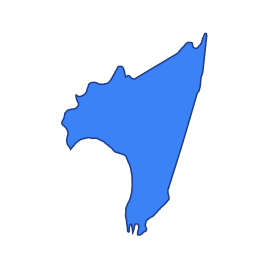 the district of Cidade De Quelimane, Zambezia, Mozambique, rotated 8°
{"feature_id": "85939544B40669081557189", "entity_name": "Cidade De Quelimane", "entity_type": "district", "adm_level": 2, "iso_a3": "MOZ", "parent_name": "Mozambique", "parent_adm1": "Zambezia", "projection": "robinson", "projection_center": [36.901, -17.867], "detail": "fine", "context": "isolated", "style": "filled", "palette": "blue", "viewbox_px": 256, "rotation_deg": 8, "n_neighbors": 0, "source": "geoboundaries", "source_scale": "gbopen_adm2", "svg_char_len": 5865}
<svg xmlns="http://www.w3.org/2000/svg" viewBox="0 0 256 256"><g transform="rotate(8 128 128)"><path d="M74.2,157.1L74.6,156.3L74.9,155.7L75.5,155.1L75.7,154.4L76.3,153.6L76.6,153.0L77.2,152.2L77.6,151.4L78.1,150.8L78.4,150.1L79.2,149.4L79.9,148.8L80.4,147.9L81.2,147.3L82.0,146.6L82.5,145.9L83.3,145.9L84.1,145.2L84.8,145.0L85.7,144.7L86.2,144.4L87.0,144.1L87.9,143.9L89.5,143.2L90.1,143.1L90.8,143.0L92.3,143.0L93.1,143.2L94.0,143.2L94.8,143.1L95.4,143.1L96.0,142.8L96.8,142.8L97.6,142.5L98.3,142.5L99.1,142.7L99.7,142.9L100.5,143.1L101.3,143.5L102.1,143.7L103.7,144.2L104.6,144.5L105.3,144.7L106.1,145.0L106.7,145.6L107.6,146.1L108.2,146.4L109.1,147.1L109.7,147.4L110.5,147.7L111.1,148.2L111.9,148.6L112.5,149.2L113.3,149.4L114.1,149.8L114.8,150.3L115.4,150.9L116.2,151.5L116.5,152.2L117.0,152.5L118.0,153.0L118.8,153.5L119.7,153.7L120.3,153.7L120.9,153.9L121.6,153.9L122.2,154.1L123.1,154.3L123.9,154.3L125.6,154.6L126.2,154.9L127.1,154.9L127.7,155.1L128.5,155.4L129.0,155.7L129.8,156.3L130.6,157.2L130.8,157.8L131.4,158.8L131.9,159.6L132.2,160.4L132.8,161.2L133.3,162.2L134.0,163.1L134.6,164.0L134.9,164.8L135.3,165.7L135.9,166.6L136.2,167.5L136.5,168.2L136.8,169.3L137.3,170.6L137.4,171.2L137.7,172.2L138.1,173.0L138.5,174.5L138.7,175.5L139.0,176.2L139.0,177.6L139.2,178.2L139.3,179.1L139.6,179.8L139.6,181.4L139.9,182.1L140.1,182.7L140.1,183.4L140.2,184.4L140.2,185.3L140.4,186.1L140.4,187.1L140.4,189.1L140.6,189.7L140.6,190.5L140.6,192.2L140.4,192.9L140.3,194.7L140.3,195.5L140.2,196.4L139.9,197.4L139.7,198.3L139.7,198.9L139.3,199.8L139.3,200.4L139.0,201.4L138.5,202.2L138.3,203.1L138.1,204.1L137.8,204.7L137.6,205.6L137.4,206.6L137.1,207.5L137.1,208.3L137.1,208.9L137.3,209.9L137.6,211.8L137.6,214.3L138.0,216.1L138.3,216.8L138.5,217.9L139.1,218.7L139.4,219.6L139.5,220.3L139.7,221.1L140.0,222.6L140.3,223.5L140.5,224.1L140.8,225.0L141.0,225.7L141.3,226.6L141.5,227.5L141.6,228.4L141.7,229.3L141.8,229.9L142.4,230.7L143.2,230.9L143.6,230.1L143.6,229.2L143.2,227.7L143.2,227.1L143.1,226.2L143.1,225.6L143.4,224.1L143.7,223.3L144.4,222.8L145.0,223.2L145.3,224.1L145.3,224.9L145.8,225.8L146.3,227.1L146.6,228.2L146.8,229.0L146.9,229.7L147.2,230.6L147.3,231.1L147.5,230.6L147.6,229.6L147.9,227.9L147.9,227.2L148.0,226.3L148.0,224.6L148.1,224.0L148.6,222.1L149.3,221.8L150.8,221.8L151.5,222.2L152.3,223.8L152.5,224.5L152.6,225.5L152.6,226.3L152.4,227.2L152.3,228.1L152.2,228.7L152.1,229.3L152.1,230.2L152.3,231.7L152.4,232.4L153.1,232.4L153.7,232.4L154.6,232.4L155.4,231.8L155.9,231.3L156.7,230.6L157.5,229.7L157.7,229.1L158.5,228.5L159.1,228.2L160.0,227.6L160.4,226.7L160.4,225.2L159.9,224.3L159.3,223.4L158.9,222.6L158.7,221.7L158.7,219.9L158.8,219.2L158.8,218.4L159.1,217.7L159.3,217.1L159.9,216.2L160.7,215.6L161.2,214.7L162.0,214.2L162.6,213.5L163.3,212.9L164.1,212.3L164.9,212.1L165.4,211.2L166.2,210.3L167.3,208.5L168.2,207.6L168.4,206.9L169.0,206.3L169.5,205.3L169.8,204.7L170.6,204.1L171.2,203.0L171.7,202.1L172.3,201.6L173.3,200.2L174.1,199.5L174.6,198.9L175.1,198.0L175.9,197.0L176.5,196.1L177.1,195.1L177.4,194.4L178.0,193.9L178.5,192.7L178.4,191.8L178.2,190.9L178.0,190.3L177.7,189.4L177.2,188.5L176.9,187.5L176.6,186.9L176.6,186.2L176.4,185.5L176.2,184.5L176.2,183.8L176.2,182.8L176.6,181.9L176.6,181.3L183.8,137.8L187.0,116.4L191.5,85.0L191.6,84.2L191.9,83.6L192.3,82.7L192.8,82.1L193.2,81.2L193.3,80.3L193.5,79.4L193.4,78.5L193.6,77.9L193.6,77.0L193.6,76.2L193.6,73.7L193.5,72.9L193.5,72.0L193.4,71.0L193.4,69.2L193.3,68.3L193.3,67.6L193.4,66.8L193.6,65.8L193.9,65.0L194.0,64.0L194.0,63.4L194.2,62.5L194.2,61.6L193.1,25.2L192.7,24.4L192.4,23.7L191.9,23.6L191.1,23.6L190.7,24.4L190.5,25.3L190.4,26.2L190.1,27.2L189.7,28.0L189.5,29.0L189.5,30.0L189.2,31.5L189.0,32.4L189.0,33.4L188.6,34.2L188.1,35.0L187.9,35.7L187.1,36.4L186.9,37.1L186.3,38.0L185.5,38.9L184.6,39.8L183.9,39.8L183.1,39.5L182.2,39.4L181.5,39.0L181.0,38.1L180.7,37.5L180.3,36.7L180.2,35.8L179.6,34.8L178.9,34.6L178.2,34.6L177.4,34.7L176.5,34.7L176.0,34.9L175.3,35.0L174.6,35.5L174.1,36.3L173.2,36.9L173.0,37.8L172.4,38.4L172.1,39.4L171.3,40.0L170.2,41.6L169.7,42.3L169.4,42.9L168.9,43.8L168.3,44.3L167.9,45.2L167.1,46.8L128.0,78.3L127.3,78.7L126.4,78.6L125.8,78.6L125.0,78.4L124.2,77.9L123.6,77.6L123.1,76.8L122.2,76.3L121.4,76.0L120.5,76.1L119.9,76.7L119.2,77.2L118.6,77.8L118.1,76.4L117.6,75.4L117.3,74.7L117.0,73.8L116.8,72.9L116.5,72.3L116.3,71.7L115.7,70.8L115.4,70.1L114.8,69.2L114.2,68.6L113.4,68.0L112.0,68.0L110.3,68.3L109.5,69.0L109.3,69.7L109.0,70.6L108.8,71.4L108.5,72.1L108.0,73.0L107.4,74.7L107.2,75.5L106.6,76.8L106.3,77.8L106.0,78.5L105.7,79.2L105.5,79.9L105.2,80.7L104.7,81.4L104.4,82.4L104.2,83.0L103.9,83.7L103.4,84.3L102.8,85.2L102.5,85.8L102.0,86.1L101.1,86.7L99.5,87.3L98.7,87.6L98.1,87.9L97.3,88.2L96.5,88.1L95.6,88.4L95.0,88.6L94.1,88.6L93.3,88.4L92.6,88.4L92.0,88.1L91.4,88.1L89.9,87.5L87.7,87.5L86.9,87.8L86.1,87.9L85.3,88.2L84.5,88.7L83.7,89.3L83.3,90.0L82.8,90.9L83.0,91.7L82.8,92.7L82.3,94.0L82.3,94.8L82.1,95.5L82.1,96.2L81.9,97.0L81.9,97.7L81.6,98.5L81.3,99.1L80.9,100.0L79.2,101.8L78.5,102.1L77.8,102.8L76.4,103.3L75.8,103.6L74.2,103.6L73.6,103.4L73.0,103.1L72.1,102.5L72.0,103.4L72.2,104.1L72.5,105.0L72.7,105.6L73.0,106.5L73.5,107.2L73.7,107.9L74.3,108.5L74.8,109.5L75.4,110.0L75.7,111.7L75.8,112.6L75.5,113.5L74.7,114.1L74.5,115.0L73.7,115.5L72.9,116.2L72.3,116.4L71.5,116.7L69.8,117.2L69.2,117.2L68.4,117.7L67.6,118.0L66.7,118.5L65.8,118.8L64.6,120.4L64.1,121.4L63.4,122.2L63.5,124.1L63.3,125.0L63.3,125.9L63.2,126.8L63.1,127.7L62.7,128.6L62.4,129.4L62.0,130.3L61.8,131.2L61.8,132.1L62.0,133.0L62.4,133.8L63.2,134.1L64.1,134.7L64.6,135.3L65.2,135.6L65.8,135.8L66.7,136.8L67.5,137.4L67.8,138.2L68.9,139.9L69.1,140.8L69.4,141.8L69.4,142.7L69.4,143.5L69.1,145.1L69.0,146.8L69.0,149.1L69.2,149.9L69.6,150.8L69.9,151.4L70.1,152.3L70.7,153.2L71.5,153.9L72.6,155.1L73.9,156.6L74.2,157.1Z" fill="#3b82f6" stroke="#1e3a8a" stroke-width="1.5"/></g></svg>